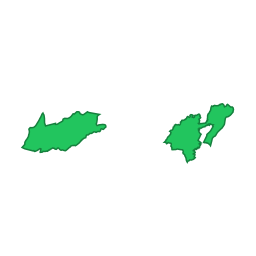 the district of Jonotla, Puebla, Mexico, rotated 43°
{"feature_id": "50627088B1268038266758", "entity_name": "Jonotla", "entity_type": "district", "adm_level": 2, "iso_a3": "MEX", "parent_name": "Mexico", "parent_adm1": "Puebla", "projection": "natural_earth1", "projection_center": [-97.514, 20.084], "detail": "fine", "context": "isolated", "style": "filled", "palette": "green", "viewbox_px": 256, "rotation_deg": 43, "n_neighbors": 0, "source": "geoboundaries", "source_scale": "gbopen_adm2", "svg_char_len": 5740}
<svg xmlns="http://www.w3.org/2000/svg" viewBox="0 0 256 256"><g transform="rotate(43 128 128)"><path d="M56.1,194.0L56.3,195.1L56.2,196.0L56.4,196.5L57.9,197.5L58.6,198.2L59.4,199.3L60.2,201.0L60.9,201.9L61.6,204.7L61.7,206.1L62.1,208.1L62.5,209.0L63.7,210.4L63.8,214.5L66.7,213.6L74.0,209.6L74.4,208.9L74.6,208.7L75.1,208.8L75.4,209.0L75.6,208.9L76.1,208.3L77.0,206.1L77.6,203.5L77.7,203.1L78.1,203.0L78.3,202.7L78.7,202.7L80.0,205.2L80.2,205.6L80.4,205.7L81.7,204.2L81.9,203.4L81.8,203.1L82.0,202.9L82.1,202.7L82.4,202.6L82.6,202.3L83.3,201.8L84.3,200.4L84.5,200.0L85.0,199.9L85.1,199.6L85.0,198.5L85.3,197.8L85.7,197.6L85.7,197.1L85.6,196.7L85.8,196.1L86.1,195.7L86.2,195.1L86.6,193.8L87.4,193.6L87.8,193.2L88.0,193.1L89.1,193.2L90.1,192.5L90.2,191.9L90.2,190.9L90.4,190.3L91.2,190.0L92.9,190.2L94.0,190.0L94.4,189.7L94.9,188.8L96.9,187.9L97.8,187.2L98.0,186.2L98.2,184.6L98.4,182.0L98.7,181.4L98.7,180.8L98.5,180.1L99.1,179.0L99.5,178.5L99.9,178.3L100.2,177.6L100.4,177.3L101.5,177.0L101.8,176.2L102.1,174.9L102.5,172.1L102.4,170.0L102.2,169.4L102.2,169.2L102.5,169.2L102.6,168.7L102.3,167.5L102.7,166.5L102.7,165.6L103.7,163.9L103.4,163.5L102.7,162.1L102.5,161.6L102.7,161.0L103.3,160.6L103.6,160.2L103.7,159.7L103.8,158.0L104.8,157.1L105.3,156.0L105.6,154.1L106.5,153.4L107.6,153.0L108.1,151.6L108.5,150.9L109.6,150.1L109.8,149.7L109.6,148.5L109.0,147.4L109.0,147.1L109.0,146.8L109.3,146.6L110.7,146.0L110.9,145.8L111.0,144.6L110.9,143.8L111.2,142.6L111.0,142.3L110.7,141.9L109.7,141.3L109.2,141.3L108.3,141.7L107.1,142.6L104.9,145.2L104.5,145.7L104.1,146.8L103.7,147.3L102.6,147.0L101.9,146.6L101.6,145.6L101.3,145.3L100.9,144.6L99.3,142.3L98.4,141.5L97.6,140.4L97.5,139.2L97.9,137.5L89.4,143.0L88.2,143.6L87.3,143.8L86.9,145.9L86.4,148.4L85.8,149.3L83.5,150.2L82.7,150.1L82.0,149.6L81.4,149.6L80.6,150.0L79.5,151.0L79.2,154.4L78.2,155.0L78.5,158.3L78.3,159.9L78.1,160.6L77.6,161.8L77.2,162.4L75.1,164.1L74.9,164.5L74.5,165.9L75.3,167.0L75.4,167.7L74.8,169.7L74.4,170.8L73.8,173.2L73.6,173.7L72.5,174.8L71.8,174.1L66.3,182.7L63.5,181.2L60.3,177.9L58.2,176.2L57.4,175.7L56.2,175.4L55.6,175.1L55.6,176.0L55.7,176.6L56.7,179.4L57.1,181.2L57.7,183.1L58.9,189.0L58.9,190.1L58.7,191.6L58.2,192.5L57.1,193.7L56.2,194.2L56.1,194.0ZM200.4,84.7L198.2,80.6L196.8,78.2L196.6,76.8L196.8,75.5L197.2,74.6L197.2,73.7L196.6,71.3L196.4,69.7L196.6,65.3L196.8,64.0L196.3,60.7L195.9,59.4L192.7,54.7L192.4,53.6L192.5,52.6L193.2,52.0L193.5,51.4L193.8,50.3L194.1,48.8L194.1,47.5L193.9,44.5L193.4,44.3L192.7,42.7L191.2,41.6L190.0,41.5L189.6,41.8L189.0,42.6L188.3,42.7L184.7,42.8L184.5,43.4L184.6,44.1L184.8,44.5L184.9,44.8L184.6,45.7L184.1,46.7L183.5,46.3L182.1,45.8L180.7,45.8L180.0,46.6L179.2,48.0L179.5,48.3L178.9,49.1L178.9,49.9L177.1,51.8L176.0,52.3L175.7,52.9L175.7,53.8L175.3,53.8L175.2,54.5L174.2,54.9L174.7,56.3L176.4,58.9L176.5,59.2L176.5,59.8L177.2,62.3L177.0,62.9L177.5,64.2L177.8,64.7L179.4,66.5L179.9,67.4L180.6,68.1L180.8,67.9L181.1,68.9L180.8,69.2L181.2,69.8L181.1,70.8L181.3,71.2L181.5,71.4L180.5,72.5L177.0,76.7L176.3,76.6L176.7,75.8L176.4,75.1L175.4,74.2L175.3,73.7L174.0,73.3L173.8,73.1L174.0,72.7L174.1,70.9L173.3,70.5L172.5,70.5L172.1,69.9L172.1,69.7L171.7,69.7L171.4,69.4L171.0,69.3L170.5,69.4L170.1,69.9L170.0,70.4L169.5,71.9L169.2,72.3L168.8,72.5L168.3,73.1L168.3,73.6L168.9,74.1L169.2,74.9L169.1,75.2L168.8,75.2L168.8,75.7L168.1,75.8L167.7,76.3L167.2,75.7L167.1,74.5L166.9,74.4L165.8,74.7L165.2,75.1L164.9,75.3L164.8,75.7L164.7,76.4L164.8,76.7L165.6,77.1L165.7,77.4L165.7,78.4L165.4,78.6L164.1,78.7L163.9,78.8L163.7,79.1L163.8,80.1L164.1,80.6L164.3,81.3L164.1,81.5L164.1,82.0L163.9,82.4L164.1,82.6L164.0,82.9L163.3,84.6L162.9,84.8L162.6,85.1L162.2,85.6L162.1,85.8L162.2,86.1L162.8,86.8L162.8,87.1L162.3,87.7L162.4,88.0L162.8,88.3L163.5,89.2L163.7,89.9L163.7,90.7L162.4,91.2L162.4,91.5L162.1,91.9L161.6,92.4L160.5,92.8L160.4,93.0L160.5,93.5L160.2,94.0L160.1,94.4L160.8,95.0L160.9,95.5L160.5,96.5L160.8,96.9L161.2,97.1L161.4,98.0L161.7,98.5L161.6,99.7L160.9,100.5L160.8,100.9L160.8,102.0L161.5,101.8L162.4,101.9L163.5,103.9L163.3,104.8L163.5,106.2L163.3,107.5L163.7,108.9L164.1,109.9L164.1,110.5L163.9,110.9L164.5,111.7L164.3,112.1L164.3,113.6L164.8,113.1L165.7,112.8L166.9,113.2L167.2,112.6L167.1,111.4L167.4,111.1L168.2,111.0L169.1,110.3L169.8,109.9L170.2,109.9L170.8,110.5L171.4,111.5L171.9,112.1L172.4,112.1L173.4,112.4L174.6,113.6L175.0,113.8L175.9,113.0L176.3,112.3L177.0,111.9L177.8,110.9L178.2,110.0L178.6,109.6L181.3,107.9L182.7,106.8L183.2,106.8L184.7,107.7L184.9,108.5L185.5,108.9L185.9,109.1L187.2,108.9L187.9,109.0L188.5,109.5L190.7,110.3L193.0,112.0L194.7,112.6L194.4,111.6L194.5,111.2L195.0,110.3L194.8,109.3L196.3,108.1L196.9,106.7L197.1,106.5L197.3,105.8L197.3,105.5L197.2,105.4L197.4,104.2L197.4,103.8L197.0,103.8L196.1,104.0L195.9,103.4L195.5,102.9L195.5,102.4L194.9,101.6L193.9,102.3L193.4,102.5L193.3,102.3L194.1,101.8L193.5,100.9L193.8,100.1L193.6,100.0L192.5,99.6L191.2,100.1L191.0,99.9L191.0,99.4L191.7,98.6L191.4,98.0L191.3,97.3L192.3,97.2L192.2,96.5L192.6,96.5L192.4,95.4L192.9,95.3L192.5,94.4L193.5,94.2L193.4,93.1L193.1,93.1L192.7,92.0L192.6,91.0L190.9,91.1L191.1,90.0L192.1,89.9L191.5,89.0L190.7,89.0L187.7,89.3L187.3,88.2L186.7,86.0L185.9,83.8L185.7,82.7L185.0,82.9L183.2,82.6L181.2,81.6L180.5,81.0L181.5,80.6L181.2,80.1L180.8,80.8L180.2,79.7L181.8,77.9L181.9,76.8L183.0,74.9L183.4,74.7L183.2,73.4L184.0,72.6L183.7,71.7L184.3,71.5L184.1,70.3L184.5,70.1L184.8,69.6L185.1,70.8L185.7,70.6L185.6,68.9L187.4,68.1L188.2,67.5L188.4,68.8L189.2,68.8L190.3,73.5L190.4,75.3L190.1,78.8L190.5,79.5L190.9,79.8L193.1,86.9L193.6,86.3L194.1,86.2L194.2,86.4L194.6,86.1L194.7,85.8L195.2,85.5L195.3,85.3L195.7,85.1L196.1,85.2L196.5,84.7L199.1,84.4L200.4,84.7Z" fill="#22c55e" stroke="#15803d" stroke-width="1.5"/></g></svg>